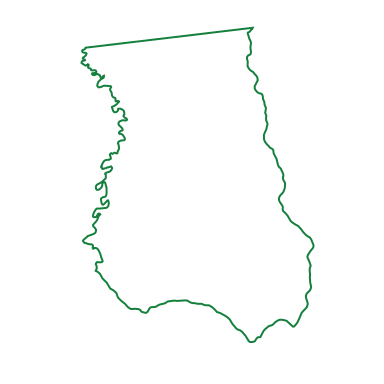 the district of Puerto Carreño, Vichada, Colombia, rotated 83°
{"feature_id": "7082276B50420641639319", "entity_name": "Puerto Carreño", "entity_type": "district", "adm_level": 2, "iso_a3": "COL", "parent_name": "Colombia", "parent_adm1": "Vichada", "projection": "mercator", "projection_center": [-67.983, 5.813], "detail": "fine", "context": "isolated", "style": "outline", "palette": "green", "viewbox_px": 384, "rotation_deg": 83, "n_neighbors": 0, "source": "geoboundaries", "source_scale": "gbopen_adm2", "svg_char_len": 5984}
<svg xmlns="http://www.w3.org/2000/svg" viewBox="0 0 384 384"><g transform="rotate(83 192 192)"><path d="M35.8,280.1L36.5,280.3L37.0,280.7L37.5,281.8L37.7,283.3L38.6,283.9L39.5,283.8L40.3,283.0L41.1,280.2L41.9,279.8L42.4,280.0L43.3,280.6L44.9,282.7L45.2,283.6L45.7,284.0L46.6,283.9L47.2,283.2L47.6,282.2L48.1,282.1L48.3,282.4L48.5,284.2L48.9,285.2L49.8,285.8L50.6,285.9L53.5,282.4L53.5,281.5L52.5,280.0L52.6,279.6L53.5,279.0L53.9,279.1L54.9,279.9L55.7,280.0L56.6,279.1L57.1,277.7L58.0,277.2L58.7,277.3L59.2,276.3L59.2,273.8L59.7,272.8L60.5,272.3L61.1,272.3L61.6,272.7L62.0,273.9L62.0,276.5L62.7,276.9L63.7,276.2L64.0,275.4L64.1,274.6L63.9,273.6L63.1,272.1L63.2,271.6L64.2,270.5L64.2,269.9L64.7,269.5L65.4,269.1L67.2,268.8L67.6,268.3L67.6,267.8L67.1,266.9L66.0,265.9L65.9,265.2L67.5,265.6L67.9,266.0L69.1,268.7L71.1,271.4L74.0,272.9L75.2,273.1L76.7,272.1L76.8,271.7L76.7,269.6L76.0,267.5L75.8,265.9L76.9,260.4L77.3,259.6L78.0,259.4L79.7,260.7L80.4,260.9L84.0,259.6L86.0,259.7L87.2,259.4L88.6,258.4L89.1,257.1L89.6,256.6L92.6,256.7L92.7,254.1L93.1,253.5L93.5,253.4L94.2,254.5L95.6,255.9L96.4,257.2L97.2,259.0L97.8,261.1L98.3,261.2L99.2,260.9L101.8,260.4L103.0,259.7L103.5,258.8L103.5,258.3L103.3,257.2L102.7,256.1L101.7,255.4L100.5,255.2L100.3,254.8L100.6,252.8L101.7,251.0L103.4,249.7L105.7,249.6L106.5,249.6L107.8,250.7L108.4,250.7L110.0,249.7L111.2,248.0L112.2,247.7L112.8,248.1L113.0,248.9L112.3,252.2L112.4,252.8L113.2,255.4L114.1,256.3L115.4,256.7L116.5,256.5L119.9,253.8L121.0,253.3L121.9,253.2L122.5,253.8L122.7,255.3L123.4,256.7L124.3,257.2L125.0,257.2L125.5,256.8L125.5,256.0L125.8,255.1L127.0,253.7L129.6,252.4L131.2,252.1L131.8,252.3L132.3,253.1L132.4,254.5L132.2,256.1L133.0,258.5L133.7,259.2L134.7,259.6L135.4,259.2L139.6,259.0L141.1,259.7L142.3,260.6L144.4,261.4L144.6,261.7L144.5,262.2L143.7,263.6L143.6,264.2L144.5,266.4L143.7,267.2L143.8,268.0L144.7,268.9L146.4,268.8L147.8,268.4L148.5,268.4L149.3,268.8L149.8,270.1L149.8,273.4L150.2,275.0L151.5,276.4L153.8,278.0L155.5,278.6L156.1,278.5L156.4,278.7L156.2,279.1L156.4,279.1L158.2,278.1L158.2,277.8L157.8,277.8L158.2,276.7L157.9,276.1L157.9,274.6L157.3,272.9L157.2,271.1L156.7,269.3L157.9,268.5L158.7,268.4L160.3,269.3L161.6,270.8L162.4,274.7L162.9,275.8L163.6,276.0L164.1,275.5L164.6,275.5L166.9,275.7L168.1,276.2L171.2,280.5L173.1,285.3L174.0,286.3L175.5,286.9L177.2,286.8L178.1,286.3L178.4,285.1L178.4,284.3L176.9,281.9L176.1,281.1L174.9,280.4L173.0,280.0L172.1,279.4L171.6,278.5L171.6,277.9L172.0,277.1L177.2,276.3L182.8,276.9L184.6,277.5L185.6,278.1L186.0,278.6L186.2,279.2L186.3,281.0L187.2,282.7L187.6,283.1L188.6,283.3L192.1,283.1L193.4,282.5L193.8,281.8L193.4,280.9L190.1,277.0L190.2,276.2L192.9,275.9L193.8,276.1L195.8,276.9L196.9,278.0L197.3,279.1L197.2,285.9L196.8,288.1L197.4,289.4L200.1,291.7L203.4,293.2L204.4,293.2L204.9,292.6L205.2,291.6L205.1,290.1L202.4,288.0L202.0,287.2L202.4,286.1L203.1,285.8L203.9,286.9L205.3,288.1L207.5,289.1L209.4,290.6L212.5,294.2L213.2,294.3L214.5,293.9L215.7,292.8L218.0,291.8L220.1,292.5L220.9,293.2L221.5,294.5L222.2,297.0L223.1,301.1L224.2,302.2L224.9,303.5L226.2,305.4L227.1,306.1L227.5,306.1L229.4,304.9L230.0,303.0L230.5,302.4L231.3,300.4L231.8,298.0L232.3,297.2L232.9,297.0L233.9,296.9L235.2,297.4L236.0,297.3L236.3,296.7L235.7,295.8L235.8,294.4L236.7,292.8L239.0,291.6L242.2,290.6L246.0,290.0L249.1,289.2L250.0,289.2L250.6,289.9L250.7,291.4L250.0,294.7L250.5,295.1L250.7,295.7L251.8,296.2L252.3,296.3L253.4,295.8L255.4,295.7L257.0,296.2L258.5,297.2L259.9,295.2L262.0,293.3L266.9,291.4L271.7,287.6L277.9,284.9L280.0,282.0L282.4,279.8L283.7,279.2L286.4,278.7L288.1,278.1L291.5,275.4L294.8,272.1L298.4,269.7L300.5,267.3L300.9,265.5L301.0,262.5L301.8,259.2L302.7,257.8L304.3,257.0L304.9,256.3L306.1,253.5L306.3,252.2L305.5,250.7L302.5,248.5L301.5,247.2L301.4,245.8L301.6,242.2L300.0,238.6L299.6,236.7L299.6,235.1L299.3,234.1L299.2,232.4L298.0,230.1L297.7,229.2L297.6,223.0L298.3,220.1L298.7,212.6L299.1,210.1L301.7,206.6L302.4,204.6L302.7,202.6L303.6,200.3L304.1,196.2L305.9,193.1L306.6,188.8L308.8,186.0L311.3,183.8L314.2,181.8L315.6,178.7L319.1,173.9L321.1,171.7L323.2,170.0L327.8,168.0L333.1,164.5L334.0,163.5L335.2,161.1L336.5,159.6L341.4,156.3L346.8,153.9L347.8,153.0L348.2,151.6L348.2,149.3L347.7,147.8L345.3,145.8L344.3,144.5L344.3,141.8L340.0,138.9L338.0,137.3L337.1,136.2L334.5,132.2L334.0,129.3L333.5,127.9L331.2,125.0L329.7,121.7L329.5,120.1L329.9,117.7L331.3,113.9L337.9,108.2L338.0,107.8L337.9,107.0L335.6,104.4L334.2,103.2L329.6,100.3L325.6,98.1L324.1,96.6L320.5,92.2L318.0,91.0L316.1,90.7L311.1,91.7L309.1,91.7L306.9,90.6L304.4,87.4L303.5,86.6L301.9,85.7L300.4,85.3L296.8,85.7L291.6,85.5L288.5,84.9L283.9,84.8L282.2,84.4L279.6,83.2L275.8,83.9L271.2,85.3L270.1,85.3L268.3,84.5L267.1,83.3L265.7,82.3L262.2,78.7L261.0,78.1L259.4,77.9L253.8,79.4L251.5,80.6L249.8,82.9L248.1,84.5L245.2,86.6L242.6,88.0L238.7,90.7L236.6,93.7L234.2,96.4L232.8,97.6L227.2,100.0L224.7,101.6L222.0,103.9L220.4,104.1L218.1,103.7L216.8,103.9L212.1,106.3L211.1,106.5L209.1,106.6L207.6,105.9L206.0,104.7L204.6,102.8L202.9,101.2L199.9,99.6L195.4,98.6L193.8,98.7L192.0,99.6L190.4,100.0L188.7,100.0L187.0,99.3L185.7,99.3L183.2,99.8L180.9,100.7L179.8,100.9L179.0,101.4L178.0,102.5L175.7,103.4L169.6,104.0L163.7,106.2L160.0,106.3L158.7,107.5L157.5,109.2L155.6,110.4L153.9,111.8L151.3,113.3L149.0,114.0L147.4,114.1L146.3,113.8L144.2,113.7L141.5,112.3L140.4,111.5L138.3,110.4L135.5,109.5L134.2,108.8L132.4,108.9L131.1,109.4L129.6,109.6L127.6,109.5L125.5,108.9L122.3,109.7L118.7,108.6L117.5,108.4L114.2,109.3L111.2,109.3L108.8,110.1L105.5,110.1L103.9,110.4L103.0,111.1L101.9,113.7L101.1,114.8L98.7,116.5L96.8,117.1L94.7,116.9L89.1,113.1L86.4,113.2L84.6,113.9L82.7,115.3L80.4,116.7L78.9,118.6L77.7,119.7L76.3,120.5L74.1,121.5L69.3,120.8L66.5,121.2L64.6,120.9L63.3,119.6L62.6,117.4L61.5,116.7L60.2,116.4L55.4,116.4L51.4,115.3L50.2,115.3L46.8,116.4L41.1,117.4L40.5,117.0L40.2,115.8L39.8,115.0L38.5,113.8L37.4,112.3L36.4,111.7L35.8,280.1Z" fill="none" stroke="#15803d" stroke-width="2"/></g></svg>